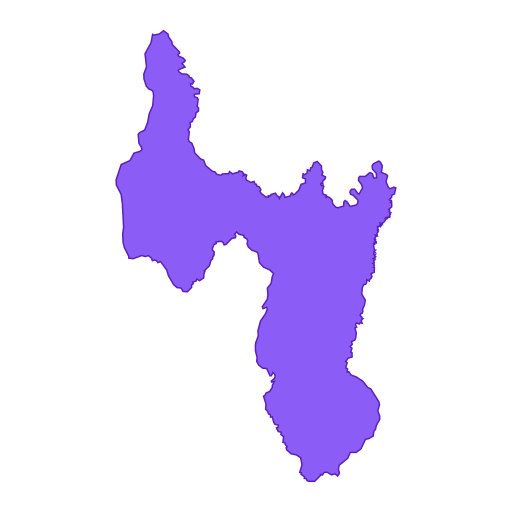 Buenos Aires, Cauca, Colombia (Natural Earth projection)
{"feature_id": "7082276B47892047719845", "entity_name": "Buenos Aires", "entity_type": "district", "adm_level": 2, "iso_a3": "COL", "parent_name": "Colombia", "parent_adm1": "Cauca", "projection": "natural_earth1", "projection_center": [-76.681, 3.052], "detail": "fine", "context": "isolated", "style": "filled", "palette": "violet", "viewbox_px": 512, "rotation_deg": 0, "n_neighbors": 0, "source": "geoboundaries", "source_scale": "gbopen_adm2", "svg_char_len": 6083}
<svg xmlns="http://www.w3.org/2000/svg" viewBox="0 0 512 512"><path d="M394.5,193.9L395.8,187.9L393.8,187.2L390.1,188.7L388.4,187.5L386.0,181.6L387.6,175.9L386.6,174.6L381.4,172.4L382.3,165.8L380.6,162.4L378.8,161.0L373.4,163.8L372.1,165.6L372.4,169.0L376.4,173.5L376.5,177.8L374.0,178.2L372.4,173.8L369.9,172.5L365.3,176.4L359.8,176.4L358.6,177.9L358.5,180.6L361.3,184.2L362.6,187.9L359.1,194.0L358.3,194.1L354.7,189.2L351.7,189.2L350.4,190.5L349.9,192.2L350.5,194.2L353.2,195.3L357.9,200.1L358.0,202.3L356.7,204.8L350.2,206.5L347.0,201.8L345.1,200.5L343.9,201.8L343.6,206.0L338.3,207.7L335.8,207.2L332.7,203.9L332.2,200.1L329.4,197.5L327.4,196.6L326.1,197.3L326.4,195.2L323.1,194.2L322.4,190.6L323.8,186.3L323.0,185.4L321.6,185.7L320.7,184.2L321.3,183.1L322.9,184.0L322.6,181.4L325.3,178.6L325.6,177.0L321.8,174.9L322.9,172.3L321.5,169.7L321.5,166.0L317.2,161.5L313.7,162.9L312.2,167.1L310.7,167.9L310.0,170.9L307.4,169.7L307.0,173.1L304.7,174.7L303.1,173.7L302.5,177.8L305.5,178.9L305.4,182.9L301.0,184.4L298.9,190.0L294.8,194.2L293.2,194.9L292.5,193.3L291.5,193.0L290.1,196.0L285.0,197.4L284.4,195.1L282.6,192.8L279.4,198.5L278.9,196.8L277.2,195.9L275.4,193.2L271.1,194.4L270.1,196.0L268.3,195.7L268.3,197.2L265.7,196.8L261.3,193.5L259.8,191.4L260.8,189.9L260.5,188.8L259.0,186.7L256.7,186.0L256.4,184.3L255.0,184.0L254.0,181.4L250.9,182.4L246.6,180.2L245.7,178.2L246.7,175.2L245.2,174.4L243.2,175.6L243.8,174.0L242.2,171.7L239.1,170.9L238.5,172.1L232.6,173.8L229.5,171.6L228.8,173.6L222.5,173.9L220.6,175.4L216.7,174.2L215.0,171.9L212.3,171.2L205.7,165.6L203.6,160.1L200.4,158.8L194.7,152.8L194.1,148.8L191.9,143.3L189.2,141.6L188.4,139.4L189.3,131.9L188.0,129.7L190.4,126.9L190.1,122.5L192.2,121.6L193.5,118.5L195.4,117.2L196.0,112.8L198.5,111.1L198.6,108.0L197.1,106.4L198.2,99.5L197.4,97.8L194.6,96.7L194.2,95.0L195.0,94.2L199.2,93.8L199.8,89.8L197.1,88.3L194.0,88.8L193.4,87.5L190.9,86.2L190.5,83.7L192.5,84.0L194.0,81.3L191.4,77.9L189.3,77.3L188.9,75.7L186.6,74.1L181.9,74.0L179.0,71.9L178.3,70.3L179.1,69.5L185.0,67.1L182.0,63.4L184.9,61.4L185.1,60.3L183.0,57.9L178.5,56.1L177.9,54.4L179.5,53.4L179.6,52.2L172.3,44.5L171.7,41.3L168.7,37.1L168.0,34.1L163.6,30.7L159.3,34.0L153.8,35.1L152.6,34.4L151.1,42.6L145.0,53.8L146.5,66.8L143.8,74.1L144.0,79.0L146.4,86.3L148.8,89.0L152.1,90.4L153.1,91.8L153.6,95.8L152.7,105.8L149.2,113.8L147.7,122.2L144.7,130.0L139.5,132.7L138.2,134.4L138.9,143.2L141.6,147.7L141.8,149.8L139.9,151.4L134.0,153.1L129.9,160.6L121.2,164.5L116.2,179.6L116.3,184.9L121.1,194.3L122.4,203.8L123.6,227.2L122.7,234.2L123.1,242.6L124.4,247.6L128.8,256.4L128.8,258.1L133.1,258.7L141.8,255.5L145.2,256.6L148.5,255.6L151.7,258.4L152.3,260.7L154.6,260.0L156.6,260.8L157.8,262.6L160.7,261.7L166.7,270.0L168.5,275.9L173.7,284.7L177.1,287.6L181.1,288.1L183.0,291.4L187.4,291.8L191.6,287.4L191.7,284.8L193.3,283.7L192.7,282.1L196.0,281.1L196.9,279.0L199.5,280.7L203.7,277.9L203.9,274.1L204.9,271.2L204.3,270.8L209.4,265.8L211.0,260.2L212.5,259.0L212.8,256.7L213.9,255.5L214.3,252.1L212.6,250.2L212.4,248.4L214.0,244.5L216.2,243.6L216.1,241.9L221.2,241.3L223.0,242.3L224.1,244.9L226.1,244.4L231.7,238.5L235.4,237.7L235.8,236.0L234.7,234.1L236.6,232.0L239.0,234.3L243.7,235.3L244.1,237.3L246.7,238.8L247.7,240.6L247.1,243.8L248.4,247.1L251.9,250.2L256.7,251.9L258.0,253.6L259.5,262.7L263.5,267.1L270.0,270.1L273.6,273.7L272.3,276.4L271.1,283.4L267.4,288.1L267.9,295.4L267.2,299.4L262.3,306.7L263.0,308.7L266.6,307.3L267.3,309.1L265.6,313.6L260.5,321.0L257.9,330.9L258.3,335.9L255.7,342.8L255.4,345.5L255.5,351.1L257.1,357.4L256.7,361.4L258.8,365.1L262.6,368.2L266.8,368.6L270.0,375.8L271.3,375.8L272.9,372.5L274.7,374.3L275.2,376.3L274.5,378.3L271.3,381.1L271.6,382.1L274.3,381.5L272.4,385.2L272.3,387.3L269.7,391.4L266.1,393.0L264.9,395.4L263.5,396.2L266.0,404.0L265.6,409.3L267.6,411.3L268.6,414.0L270.2,414.4L270.6,417.2L272.3,416.8L273.7,422.3L275.0,424.4L278.3,425.0L278.2,427.1L276.4,427.9L278.3,431.6L281.3,432.2L280.9,434.6L283.6,436.5L282.9,442.3L285.0,442.9L285.3,444.6L287.2,446.8L286.2,447.7L286.6,449.7L291.1,453.8L296.4,454.9L300.6,457.7L302.0,464.8L299.7,472.4L301.3,472.8L301.1,474.3L304.5,476.8L304.3,478.4L306.2,478.7L307.1,480.6L308.6,481.3L314.7,481.3L320.2,475.7L320.5,474.5L322.3,475.2L324.1,472.4L327.3,472.3L331.6,474.9L335.1,473.8L337.6,476.0L339.5,473.2L338.4,469.2L339.2,465.2L347.7,458.3L350.3,452.4L356.3,452.4L361.0,448.7L365.5,439.3L368.8,438.6L373.2,436.1L373.9,431.0L375.5,429.5L376.2,425.8L379.7,419.3L379.7,416.0L377.8,410.9L379.5,404.6L378.7,401.5L370.7,388.8L367.7,387.5L362.9,381.3L356.4,377.0L350.9,374.9L348.8,371.7L347.2,372.0L347.5,368.9L345.8,367.8L347.1,362.7L345.7,361.5L348.2,358.1L352.1,357.0L352.0,352.6L350.7,352.0L352.0,348.4L350.2,346.6L352.3,344.2L351.5,341.6L354.7,340.2L355.6,338.3L356.3,333.1L355.0,328.0L356.7,327.1L355.6,325.3L355.8,323.6L356.3,323.0L359.2,324.0L360.1,322.9L362.1,323.2L361.2,320.5L362.9,318.6L362.0,318.4L361.8,317.0L360.1,315.4L360.8,313.6L362.3,313.2L362.9,310.9L362.4,309.8L364.5,304.8L365.3,300.1L361.7,294.0L362.3,288.0L363.5,284.8L365.7,284.1L366.6,282.6L366.7,279.7L369.3,281.1L369.5,279.6L371.1,278.3L372.0,276.4L370.9,273.7L374.2,272.3L374.4,267.6L373.6,267.3L374.3,265.8L374.0,263.9L373.0,263.4L374.3,262.7L373.6,260.7L374.6,260.0L373.4,258.8L375.0,258.8L374.3,257.9L375.7,256.8L374.5,255.8L375.6,254.2L373.7,254.2L374.0,252.1L374.9,252.2L374.2,251.3L375.4,250.1L374.3,250.0L373.5,244.8L374.6,244.1L373.6,243.6L374.5,242.6L376.3,242.9L376.1,241.4L374.7,240.9L375.9,238.9L374.7,239.7L374.3,239.1L376.0,236.6L375.3,235.2L377.4,235.9L376.9,233.6L378.2,231.5L377.3,230.2L378.5,229.9L377.6,228.2L378.0,227.0L376.8,226.5L379.1,226.6L379.6,225.6L380.6,226.6L381.3,225.4L379.9,225.3L380.2,224.2L381.8,224.4L380.6,223.2L382.2,223.6L384.6,221.4L386.2,218.6L385.2,218.2L386.2,217.5L387.0,218.6L388.0,216.9L388.8,217.6L390.0,216.8L389.5,215.6L390.4,214.4L389.8,213.6L390.9,212.7L389.2,211.7L389.7,210.2L388.7,209.4L391.7,206.9L391.7,202.9L390.6,202.3L391.6,201.7L391.4,200.4L389.9,200.4L389.4,199.5L391.6,197.3L391.8,195.3L394.5,193.9Z" fill="#8b5cf6" stroke="#5b21b6" stroke-width="1.5"/></svg>